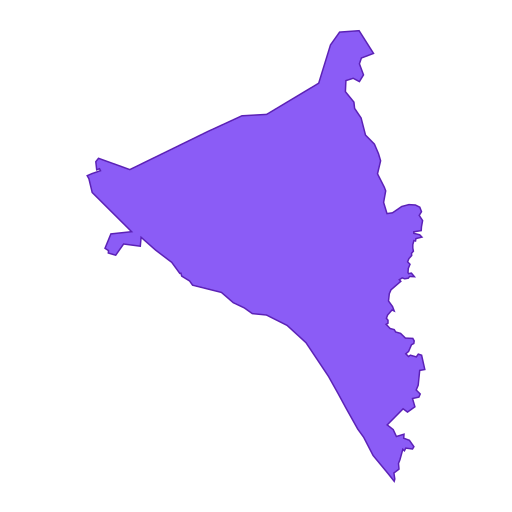 outline of Pachyammos, Nicosia, Cyprus
{"feature_id": "46923920B29688207074425", "entity_name": "Pachyammos", "entity_type": "district", "adm_level": 2, "iso_a3": "CYP", "parent_name": "Cyprus", "parent_adm1": "Nicosia", "projection": "equal_earth", "projection_center": [32.589, 35.164], "detail": "fine", "context": "isolated", "style": "filled", "palette": "violet", "viewbox_px": 512, "rotation_deg": 0, "n_neighbors": 0, "source": "geoboundaries", "source_scale": "gbopen_adm2", "svg_char_len": 2080}
<svg xmlns="http://www.w3.org/2000/svg" viewBox="0 0 512 512"><path d="M192.6,285.2L201.4,287.4L221.4,292.4L233.3,302.7L244.3,307.9L252.3,313.6L266.4,315.0L287.1,325.4L306.0,342.7L328.5,376.4L338.3,393.9L345.5,407.2L357.7,429.0L363.7,437.3L373.1,455.5L388.5,474.1L394.2,481.3L394.8,479.0L393.9,473.0L399.0,469.1L398.5,463.4L399.9,459.8L402.8,449.3L404.4,450.8L405.8,448.1L412.5,449.0L413.9,446.7L409.4,440.3L403.7,438.2L404.0,434.2L396.4,436.5L393.2,429.6L387.2,424.9L403.1,408.8L407.5,412.1L414.9,406.8L412.5,398.5L418.9,397.1L420.2,394.0L416.2,390.0L418.2,385.2L419.7,370.4L424.8,369.5L421.6,355.2L418.3,354.1L416.3,356.9L410.4,355.2L408.5,356.5L405.8,353.8L408.6,351.4L411.5,344.7L413.8,343.5L414.2,340.9L412.8,338.4L405.4,338.1L400.6,333.4L395.7,332.0L394.2,329.6L390.1,328.5L386.1,324.3L388.0,323.2L388.0,320.2L386.4,318.3L387.6,315.0L392.0,310.0L394.2,311.0L392.5,306.5L388.5,301.0L389.3,293.7L391.0,289.8L400.8,281.3L399.3,279.7L402.2,277.9L404.7,278.8L408.3,278.2L409.6,276.5L414.4,276.7L411.4,273.1L410.0,273.3L408.7,273.7L408.0,272.7L408.3,268.4L410.0,264.3L407.6,261.8L408.9,258.6L411.7,255.5L411.5,253.3L413.4,251.2L412.8,248.1L412.8,244.6L413.9,240.6L415.5,241.0L415.9,238.6L421.9,237.1L419.7,234.8L413.8,233.3L413.8,231.8L421.2,230.6L421.5,226.6L422.6,220.6L419.2,215.4L421.5,211.7L419.8,207.2L415.4,205.0L408.9,204.6L401.7,206.5L392.5,212.8L387.0,213.6L383.6,202.4L385.7,190.9L384.3,187.2L377.5,173.8L380.6,160.8L378.5,153.7L374.4,144.1L365.5,135.1L361.1,118.0L354.6,108.4L353.9,102.1L345.4,91.7L345.9,80.6L353.2,78.3L359.4,81.6L363.5,74.9L359.4,63.8L361.4,58.0L373.5,53.4L359.1,30.7L339.6,32.1L330.5,44.9L318.7,83.2L266.6,114.4L241.9,115.8L208.0,131.4L129.8,169.6L98.5,158.3L95.8,161.7L96.7,169.8L99.5,168.7L100.5,170.7L92.0,173.6L87.2,175.7L88.9,178.7L92.2,192.5L131.6,231.7L110.9,233.9L105.0,248.3L108.5,250.6L108.3,253.0L109.9,253.5L115.7,255.2L123.6,244.0L140.3,246.2L141.1,237.3L155.6,250.1L168.5,259.9L171.7,262.3L179.8,273.4L180.9,273.2L181.1,274.0L181.7,276.1L189.5,280.9L189.7,281.1L192.6,285.2Z" fill="#8b5cf6" stroke="#5b21b6" stroke-width="1.5"/></svg>